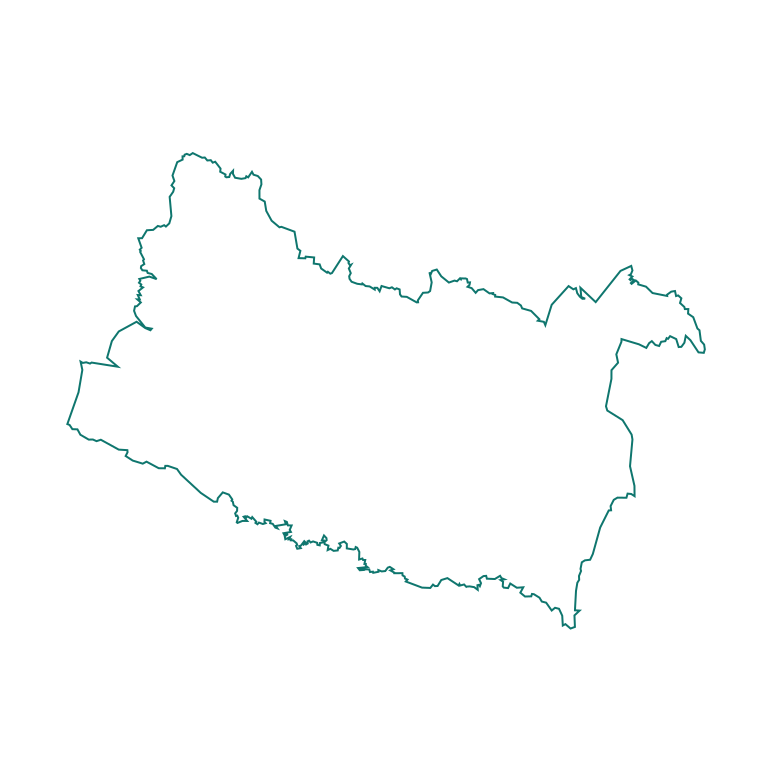 outline of Ramallah & Al Bireh, West Bank, Palestine, rotated 197°
{"feature_id": "87354302B37341560226836", "entity_name": "Ramallah & Al Bireh", "entity_type": "district", "adm_level": 2, "iso_a3": "PSE", "parent_name": "Palestine", "parent_adm1": "West Bank", "projection": "orthographic", "projection_center": [35.194, 31.945], "detail": "fine", "context": "isolated", "style": "outline", "palette": "teal", "viewbox_px": 768, "rotation_deg": 197, "n_neighbors": 0, "source": "geoboundaries", "source_scale": "gbopen_adm2", "svg_char_len": 6160}
<svg xmlns="http://www.w3.org/2000/svg" viewBox="0 0 768 768"><g transform="rotate(197 384 384)"><path d="M675.1,253.1L672.7,252.9L668.8,249.7L663.9,251.0L659.5,246.7L650.1,244.5L646.2,245.8L642.2,245.3L638.5,247.9L618.5,243.7L610.1,245.7L609.3,243.8L610.0,239.6L601.9,237.3L591.4,237.3L588.4,240.3L574.8,237.6L568.9,239.3L569.2,241.8L566.9,242.5L557.1,242.2L551.5,237.9L527.4,226.3L512.4,221.7L509.2,222.7L509.5,226.3L506.5,233.2L500.0,232.9L495.4,229.3L495.7,227.8L494.2,227.3L492.4,224.1L488.2,222.7L487.4,219.7L488.5,216.8L486.9,214.5L485.8,215.2L484.3,213.5L484.4,208.7L483.5,208.3L479.3,211.7L474.8,213.0L479.4,216.0L478.1,216.9L476.7,215.8L476.2,217.5L471.4,216.4L471.1,218.2L465.9,215.0L466.3,213.6L464.0,212.9L463.1,214.9L458.9,214.7L456.5,216.3L458.0,217.2L458.6,219.5L452.5,220.0L452.2,217.6L449.5,217.7L445.9,214.9L443.7,214.8L446.0,216.6L436.8,221.2L438.7,223.9L436.6,223.7L434.6,220.7L431.0,221.7L431.5,216.9L429.8,215.3L436.5,211.9L435.1,210.5L431.9,212.3L434.4,209.4L433.0,206.7L429.0,210.3L429.6,207.6L427.4,208.4L427.3,207.3L425.1,207.9L421.0,206.1L420.1,204.9L420.8,203.5L418.8,201.1L415.6,202.7L417.6,204.2L416.2,205.2L414.3,210.4L412.6,209.5L414.5,206.0L412.6,208.8L411.6,207.8L410.3,209.2L411.1,211.2L409.9,212.3L407.9,211.0L405.8,212.7L401.5,212.6L400.7,210.7L398.3,210.9L398.8,213.2L395.6,214.9L395.8,216.7L397.7,216.4L397.1,221.6L394.0,219.8L393.2,217.9L394.8,215.2L393.9,213.5L389.9,213.2L389.3,208.7L387.1,210.7L383.4,209.7L379.6,211.3L379.8,214.1L378.6,214.2L377.9,216.5L380.2,218.4L376.0,221.7L372.8,220.2L371.5,215.9L364.9,216.8L363.3,217.7L363.4,219.8L361.8,219.6L358.5,216.2L356.5,208.9L353.6,210.8L352.6,209.6L350.5,210.2L350.1,206.2L348.8,206.6L348.3,204.9L346.3,204.1L355.0,200.4L352.7,198.8L350.9,199.5L352.9,199.8L343.9,202.4L342.4,200.1L339.7,201.3L339.1,200.3L334.4,202.8L335.0,204.4L331.4,204.1L328.1,205.5L326.7,209.5L325.0,210.8L320.8,209.6L323.4,207.6L318.9,206.6L319.7,205.8L311.1,208.5L310.3,206.4L307.9,205.9L307.1,204.1L304.4,203.8L305.4,201.5L288.1,200.4L280.1,202.5L278.5,206.5L276.2,205.6L273.7,206.5L271.9,213.3L266.6,216.9L253.6,213.1L253.4,214.8L252.2,213.6L248.8,215.7L245.3,213.7L245.8,214.4L242.9,215.5L238.4,216.1L234.2,214.6L235.8,218.9L234.5,219.7L233.2,218.7L233.0,221.9L236.0,225.2L232.7,229.4L230.2,230.4L228.7,227.9L221.0,229.9L216.9,234.5L214.9,232.7L211.8,232.4L215.2,230.6L212.3,229.7L211.3,225.2L209.9,224.3L205.7,225.1L204.9,230.1L197.4,228.0L191.4,230.3L192.6,224.3L187.0,222.0L181.1,224.0L181.1,226.5L179.2,226.8L172.8,225.1L169.5,222.1L165.0,222.3L157.4,216.4L155.0,220.0L150.9,220.2L145.8,214.5L142.4,205.3L140.3,207.4L134.1,204.7L130.4,207.5L134.2,218.4L130.7,224.5L135.2,223.4L135.7,225.3L139.9,242.3L141.0,250.5L140.1,253.8L141.4,257.4L140.9,262.8L142.0,264.6L142.7,271.3L140.3,274.1L135.5,276.2L134.6,282.5L135.3,309.9L132.1,328.8L129.9,329.6L131.6,333.5L130.4,340.4L127.5,343.6L118.9,346.1L119.0,350.4L115.4,351.1L111.6,350.0L114.7,359.8L124.7,377.3L130.2,403.6L132.4,408.0L145.2,419.2L162.7,423.9L165.2,427.6L168.0,455.4L170.5,463.7L166.4,472.8L170.5,480.3L169.3,493.8L170.0,496.4L151.8,496.5L143.7,495.2L142.4,500.6L140.4,503.3L135.9,500.7L132.0,500.8L131.3,505.4L127.5,507.2L127.1,510.5L125.6,510.2L124.4,513.4L117.7,512.4L113.0,505.5L110.5,506.5L108.8,511.3L109.5,518.3L103.8,515.5L92.5,506.2L87.3,507.3L87.3,510.9L89.4,515.3L93.6,517.9L98.0,527.6L100.5,528.7L107.8,538.3L113.8,540.2L114.9,544.6L118.2,543.6L119.3,545.5L124.6,548.0L124.7,552.9L128.6,554.7L130.4,553.5L132.9,558.0L136.3,556.3L139.4,552.2L138.9,551.0L153.8,549.5L161.9,553.7L170.0,553.6L170.4,555.3L173.5,556.6L176.5,552.2L177.4,552.7L175.4,556.5L177.7,557.1L178.7,555.4L179.7,555.9L177.9,559.4L181.2,559.9L180.0,561.1L179.6,565.2L182.1,569.2L190.9,561.3L205.5,524.2L224.3,533.5L220.8,524.9L216.6,524.4L219.2,523.5L222.3,524.8L225.7,527.3L228.5,531.8L230.6,529.9L236.1,531.6L246.8,508.8L246.9,487.4L249.3,490.2L255.4,489.5L254.4,491.4L264.7,496.9L274.0,496.7L276.0,499.1L280.3,500.6L285.3,499.4L295.5,501.6L303.3,500.1L303.7,501.7L306.4,501.8L306.4,502.8L309.6,501.5L316.6,503.8L321.5,501.3L323.0,498.0L328.2,501.3L332.5,501.4L331.2,503.8L331.5,506.3L333.6,505.5L335.3,508.6L336.7,508.8L340.9,507.6L341.0,506.6L342.2,507.3L344.2,503.6L346.8,503.5L351.6,500.0L360.7,503.7L367.0,508.9L371.0,506.2L371.4,502.5L373.2,504.1L368.1,495.1L367.1,486.4L368.6,484.4L373.4,482.6L376.1,473.8L375.3,472.1L376.6,471.6L387.7,474.0L392.8,472.8L394.9,474.4L396.7,479.0L399.9,479.2L401.2,477.6L404.7,478.8L406.9,477.1L415.0,477.0L415.3,471.4L418.5,474.0L421.0,473.3L420.5,471.6L426.3,473.1L430.2,472.3L434.1,473.8L434.2,472.8L438.9,472.0L444.9,472.3L447.7,474.5L448.8,476.9L448.2,480.3L451.4,484.2L450.3,488.5L451.3,487.6L453.4,489.4L453.3,490.9L460.7,494.3L466.2,474.9L467.6,473.8L470.5,474.9L471.0,473.8L477.9,476.1L480.5,479.6L486.4,478.6L487.8,484.6L496.1,482.9L496.0,481.2L502.5,479.4L502.9,486.9L506.4,488.2L514.1,503.5L528.1,504.3L529.8,503.3L539.2,507.3L547.2,515.1L551.4,523.6L557.3,524.9L559.8,533.0L559.6,539.1L561.3,543.6L565.5,546.0L570.0,546.0L572.3,548.3L574.3,541.9L576.4,542.4L576.6,540.4L580.4,538.5L586.7,537.7L589.9,540.8L590.7,543.8L592.5,540.0L592.5,536.7L595.2,535.6L596.5,536.0L596.8,538.0L602.7,539.1L603.3,542.2L610.4,547.2L612.5,545.6L615.1,547.4L618.3,546.1L621.6,548.2L624.1,547.2L634.4,548.9L636.7,546.1L639.9,546.4L641.7,545.0L641.6,543.4L643.2,542.8L642.2,539.7L646.6,535.7L647.2,521.5L643.8,516.8L645.3,511.8L641.9,509.9L641.8,506.2L643.7,500.3L636.4,482.4L636.3,474.8L638.6,470.8L640.7,471.6L643.5,469.1L646.5,469.0L649.8,463.9L655.7,461.7L658.0,452.7L661.6,451.5L655.6,443.4L656.8,441.0L655.5,440.1L655.8,439.0L650.0,433.1L650.5,431.7L648.3,428.6L650.7,425.7L650.4,423.8L648.3,422.1L643.9,423.0L642.5,421.1L638.3,421.3L632.1,417.8L639.8,418.1L648.7,412.9L647.2,411.5L647.9,409.2L645.2,408.2L645.4,406.2L642.7,405.9L646.0,401.1L642.6,397.8L645.5,397.1L642.3,393.5L644.7,392.8L640.4,390.9L643.0,386.2L644.8,385.4L644.4,380.9L641.0,376.5L628.8,368.2L622.3,369.0L623.1,367.1L628.7,367.7L638.8,371.2L653.0,356.7L656.8,345.5L656.5,328.2L643.6,322.7L669.9,319.0L671.1,317.6L675.1,317.7L678.2,316.1L680.7,316.7L676.6,309.3L673.7,286.8L675.1,253.1Z" fill="none" stroke="#0f766e" stroke-width="2"/></g></svg>